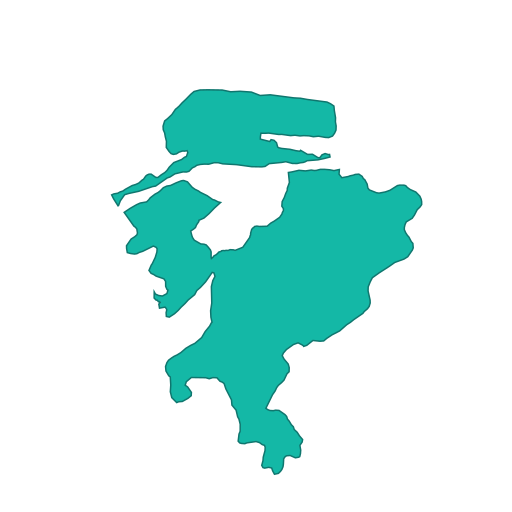 outline of Bani Swayf, Bani Suwayf, Egypt, rotated 216°
{"feature_id": "37247803B71974120040815", "entity_name": "Bani Swayf", "entity_type": "district", "adm_level": 2, "iso_a3": "EGY", "parent_name": "Egypt", "parent_adm1": "Bani Suwayf", "projection": "mercator", "projection_center": [31.073, 29.092], "detail": "fine", "context": "isolated", "style": "filled", "palette": "teal", "viewbox_px": 512, "rotation_deg": 216, "n_neighbors": 0, "source": "geoboundaries", "source_scale": "gbopen_adm2", "svg_char_len": 6138}
<svg xmlns="http://www.w3.org/2000/svg" viewBox="0 0 512 512"><g transform="rotate(216 256 256)"><path d="M132.8,344.6L133.0,352.7L133.6,355.0L136.5,358.4L138.8,358.9L143.4,361.2L145.7,361.7L148.6,362.8L151.5,364.5L152.7,366.2L153.9,369.0L154.5,371.9L151.8,378.3L151.9,382.3L152.8,388.2L152.1,392.1L152.2,395.0L153.9,397.3L155.7,399.0L158.6,400.7L164.3,401.7L170.5,400.4L173.9,400.4L176.2,400.9L177.9,400.3L181.3,397.9L183.0,396.1L186.2,388.0L189.0,383.9L193.4,379.2L195.7,378.0L203.1,376.1L205.4,376.7L208.3,379.5L212.9,381.7L214.6,381.7L216.9,382.8L220.9,382.7L223.7,380.3L224.8,378.6L227.0,376.2L228.1,374.5L232.6,369.8L236.9,371.0L239.4,375.0L243.1,370.9L247.0,369.1L251.3,366.5L254.9,363.9L257.5,360.7L259.1,359.4L261.8,358.0L266.0,353.9L271.6,350.6L276.5,345.0L278.9,342.6L272.2,335.1L270.5,329.2L269.3,327.5L268.7,324.1L267.5,320.0L266.8,315.4L264.4,311.5L261.6,310.4L260.4,308.6L260.3,306.9L259.7,305.2L259.6,301.2L261.8,294.8L263.4,291.3L264.5,286.6L270.6,281.9L272.9,280.7L274.6,278.9L274.5,277.8L275.1,276.6L275.1,274.9L273.8,271.4L272.7,269.7L272.6,268.6L272.0,267.4L271.8,255.3L276.2,248.3L277.9,247.7L280.7,245.9L281.8,244.1L283.5,243.0L284.6,241.8L285.7,241.2L286.9,240.0L286.9,239.4L288.5,237.1L288.5,235.9L289.0,233.6L290.1,231.3L290.1,229.6L290.6,227.8L291.8,228.9L294.7,232.9L296.4,234.1L299.9,235.1L302.8,235.7L305.0,235.0L307.8,233.3L315.2,232.5L318.1,233.6L319.9,234.8L323.5,237.8L322.3,241.1L321.7,243.4L322.4,246.3L322.5,250.3L323.2,251.3L320.4,256.1L318.9,262.7L317.8,270.5L316.1,278.5L318.5,277.5L322.5,276.9L324.2,276.2L331.0,276.1L338.4,274.8L340.7,274.8L344.6,274.1L348.1,274.1L355.0,275.7L358.5,274.7L359.3,274.3L360.7,272.8L363.6,268.3L366.6,262.8L369.3,260.1L371.1,256.8L371.8,252.4L372.5,249.9L374.1,246.6L375.8,240.8L375.8,238.4L376.3,235.5L380.8,230.8L382.8,227.3L385.8,220.6L388.3,213.8L372.4,208.4L370.7,208.4L368.4,207.9L365.5,205.0L364.8,203.3L365.4,200.4L367.0,196.3L366.8,188.2L365.1,186.0L362.1,183.1L358.7,184.4L355.4,186.2L353.7,187.9L352.6,190.2L350.4,193.2L344.9,203.7L342.0,204.3L340.3,203.8L338.5,200.9L336.7,195.7L335.4,188.8L335.4,187.1L334.1,181.4L330.7,180.3L327.8,180.9L325.0,181.0L317.1,183.4L314.2,182.3L311.2,178.3L308.3,176.6L307.2,176.7L306.0,173.2L308.2,168.6L311.6,166.8L315.0,166.1L317.3,167.2L313.7,162.1L310.9,161.6L309.8,162.2L308.0,161.6L307.5,162.2L306.3,162.2L306.3,159.9L303.4,157.1L299.5,161.2L297.7,160.7L296.6,160.1L295.4,157.3L293.0,154.4L290.2,155.6L288.0,161.4L287.0,166.1L286.5,170.7L285.5,175.9L285.0,180.6L282.9,188.7L283.6,193.3L282.5,197.9L281.6,205.5L281.8,217.0L280.1,217.6L277.2,215.4L276.5,210.8L274.1,205.0L264.1,191.9L260.6,185.1L256.5,180.0L252.6,176.5L252.8,175.6L252.3,172.0L252.7,165.0L252.0,158.1L254.1,149.4L256.3,145.3L258.5,140.1L260.0,133.7L261.7,129.6L263.3,126.7L264.4,123.8L265.5,120.3L265.4,117.4L264.2,113.4L261.2,110.0L256.1,107.8L254.3,107.8L249.1,101.5L245.5,95.8L240.9,91.9L234.0,90.8L232.9,92.6L230.1,95.0L227.4,100.8L226.3,104.9L228.1,107.7L234.4,109.9L237.3,109.8L238.5,113.3L236.9,119.7L225.1,128.0L221.7,129.2L219.5,132.2L216.1,134.5L211.5,133.5L209.2,134.1L206.9,134.1L202.3,130.8L191.3,125.2L187.8,121.2L181.5,119.6L176.3,115.1L173.9,114.0L169.9,110.6L165.8,104.9L165.1,102.0L161.6,95.7L159.3,95.2L157.6,95.8L154.7,97.6L153.6,99.4L146.9,105.9L143.5,107.1L140.1,107.1L137.8,107.8L136.1,106.6L134.3,103.8L131.9,97.5L130.1,94.6L128.3,90.0L126.0,88.9L124.3,89.5L121.5,92.5L118.7,93.7L116.3,92.0L112.8,90.3L110.1,93.3L109.6,96.2L109.6,98.5L110.3,101.4L111.5,103.7L114.4,108.2L114.5,110.5L113.9,112.3L111.1,114.7L105.5,115.9L103.2,118.3L102.7,119.4L103.9,122.3L105.7,125.2L109.2,128.6L109.3,132.6L110.4,134.9L115.0,136.0L119.1,137.6L123.1,138.1L125.4,139.8L128.3,140.3L132.3,142.0L134.6,142.5L136.9,144.2L139.2,144.7L146.6,144.6L149.5,142.8L151.1,141.0L153.9,139.2L156.2,138.6L158.5,138.6L161.1,153.5L161.2,158.1L161.9,161.6L161.9,164.5L160.9,168.5L160.4,172.0L161.7,178.9L161.2,181.8L163.5,185.2L166.4,187.5L172.7,189.1L176.2,190.8L176.8,193.6L176.4,198.3L173.7,206.4L170.9,210.5L166.4,211.2L164.8,211.2L164.3,210.9L162.4,213.6L160.3,221.1L154.1,224.7L151.3,227.1L150.3,231.1L148.1,237.0L144.3,244.5L142.2,253.8L140.6,257.9L139.5,262.0L135.8,272.4L135.8,274.7L134.8,278.8L134.8,281.7L136.0,285.1L137.8,287.4L144.8,293.6L147.1,297.0L148.4,302.2L149.1,306.8L146.4,314.9L142.1,326.0L139.9,332.4L134.4,340.6L132.8,344.6ZM408.7,220.6L404.9,218.6L397.1,215.5L396.9,216.1L398.2,220.9L398.3,228.4L395.7,231.8L388.9,239.4L380.6,251.2L378.3,253.6L373.7,267.0L372.0,269.4L369.9,274.8L364.5,281.1L361.6,283.1L360.0,285.1L359.3,289.9L357.9,292.4L357.2,294.6L354.9,297.3L351.8,300.0L348.2,302.5L344.7,306.9L341.3,309.3L337.1,311.0L325.4,318.5L312.0,325.7L303.6,331.6L301.3,333.8L299.6,338.5L290.2,346.8L287.3,349.8L280.9,352.3L277.1,355.0L274.9,357.5L272.8,359.4L271.6,361.1L270.7,363.1L262.4,370.2L257.9,375.2L254.3,379.6L256.2,381.4L257.1,380.6L260.3,379.5L262.1,376.6L262.1,373.2L263.6,372.0L270.1,371.5L274.0,368.5L282.1,367.7L282.1,366.5L285.5,364.7L291.2,362.3L298.5,358.1L301.3,356.9L302.5,356.9L306.0,359.7L309.4,360.2L312.2,359.0L312.2,356.7L321.2,353.1L322.4,354.8L324.2,358.2L320.8,360.6L318.0,362.9L309.0,367.7L306.7,369.5L298.8,373.7L295.5,376.6L291.0,379.0L288.2,381.4L283.7,384.4L279.7,386.2L275.8,389.7L269.6,392.7L266.8,394.5L264.6,398.0L264.6,401.5L265.3,404.9L267.6,408.3L270.6,411.2L272.9,414.6L278.1,419.7L281.1,423.1L285.1,423.0L289.0,422.3L306.5,412.8L312.7,409.8L318.3,406.2L339.2,394.8L347.0,388.3L356.1,385.9L365.7,379.9L373.0,374.0L380.9,370.4L392.7,362.1L398.9,357.4L402.8,352.7L403.8,348.6L404.8,341.7L405.8,336.5L406.3,331.8L407.4,327.2L407.2,320.9L408.3,315.1L409.3,311.6L407.5,306.4L405.2,303.6L402.3,301.9L399.4,299.1L395.9,296.2L392.4,291.1L387.8,289.5L384.9,288.9L382.6,289.6L380.4,291.9L379.3,294.8L377.1,297.8L375.4,298.9L373.7,300.7L372.0,299.6L370.8,295.6L371.9,293.8L372.9,290.3L377.4,283.3L378.4,276.9L378.3,272.9L378.8,270.0L380.4,265.9L381.5,261.9L383.2,260.7L388.9,260.6L390.6,259.4L391.7,257.6L392.2,255.9L392.1,251.9L392.7,250.7L393.7,246.1L395.4,243.1L397.6,240.2L400.9,233.2L401.9,230.3L403.6,228.0L404.7,225.6L407.5,222.7L408.7,220.6Z" fill="#14b8a6" stroke="#0f766e" stroke-width="1.5"/></g></svg>